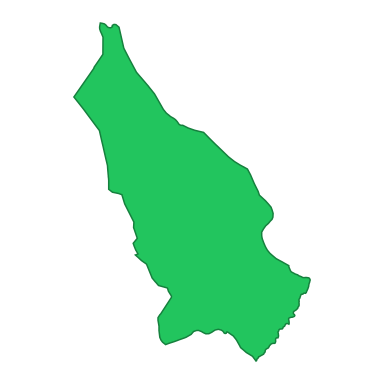 As Salafiyyah, Raymah, Yemen (Mercator projection)
{"feature_id": "15242507B36893334490361", "entity_name": "As Salafiyyah", "entity_type": "district", "adm_level": 2, "iso_a3": "YEM", "parent_name": "Yemen", "parent_adm1": "Raymah", "projection": "mercator", "projection_center": [43.857, 14.695], "detail": "fine", "context": "isolated", "style": "filled", "palette": "green", "viewbox_px": 384, "rotation_deg": 0, "n_neighbors": 0, "source": "geoboundaries", "source_scale": "gbopen_adm2", "svg_char_len": 4709}
<svg xmlns="http://www.w3.org/2000/svg" viewBox="0 0 384 384"><path d="M115.9,24.6L114.0,24.4L112.3,25.4L112.4,26.8L111.9,26.9L110.8,27.8L109.1,27.7L107.8,27.2L107.0,26.5L106.3,25.5L105.6,24.8L104.4,23.9L102.6,23.4L101.0,23.1L100.3,23.0L100.0,24.7L99.6,27.0L99.7,28.9L100.5,31.4L101.5,33.5L103.0,37.2L102.9,54.3L98.4,61.0L94.6,66.5L94.4,66.8L94.0,67.4L94.0,68.1L88.4,76.2L73.9,97.0L83.4,109.0L96.3,126.4L99.1,130.1L99.4,130.5L101.5,139.8L101.8,141.1L103.3,147.4L103.5,148.4L105.9,158.9L106.6,161.8L107.5,165.7L107.5,165.9L107.7,168.9L107.9,171.1L108.2,174.8L108.3,175.5L108.3,176.3L108.4,177.4L108.5,177.9L108.7,180.5L108.7,184.1L108.7,189.3L112.4,192.2L118.6,193.5L121.9,194.7L124.7,203.9L133.9,222.1L133.6,227.6L134.2,229.2L137.1,237.8L137.3,238.3L133.2,243.3L134.3,246.5L135.7,249.9L138.0,253.9L137.5,254.2L135.4,255.0L138.1,257.4L141.4,260.5L146.5,264.1L147.3,266.0L149.2,270.7L152.2,278.1L152.8,278.8L155.2,281.7L155.9,282.4L158.5,285.5L167.1,287.9L167.6,288.4L168.4,291.2L171.4,296.0L171.5,296.2L171.3,297.6L160.7,313.9L159.9,314.7L158.0,317.7L158.0,320.3L158.9,325.6L159.0,325.8L159.0,330.5L159.1,331.3L159.8,337.3L161.0,340.1L162.6,342.2L165.6,344.6L167.4,343.9L168.5,343.5L169.0,343.3L174.6,341.5L174.8,341.4L177.6,340.4L178.8,339.9L181.1,339.1L184.5,337.9L186.2,337.2L186.7,336.9L191.1,334.4L193.6,331.5L195.3,330.9L196.5,330.5L198.4,330.4L198.5,330.4L201.4,331.5L203.4,332.7L205.8,333.8L208.9,333.7L211.1,332.6L211.9,332.2L212.4,331.8L215.0,330.1L215.6,329.9L218.4,329.3L221.3,330.1L222.7,331.0L223.7,332.2L224.0,332.9L225.1,333.5L226.1,333.3L227.0,331.8L227.7,332.1L228.6,332.7L233.2,335.9L233.4,336.0L234.4,337.4L234.9,338.0L235.5,338.7L236.7,340.4L239.6,345.6L240.6,347.6L241.4,348.3L243.5,350.0L244.5,350.9L246.3,352.5L249.8,354.6L252.5,356.3L256.0,361.0L256.1,360.9L256.6,360.6L256.7,360.0L256.7,359.4L257.3,358.9L257.7,358.5L258.2,357.9L258.5,357.2L258.7,356.7L259.5,356.6L260.1,356.1L260.8,355.7L262.0,355.1L262.9,354.5L263.5,354.3L263.8,353.8L264.3,352.8L264.8,352.5L265.2,351.3L265.2,350.5L265.5,349.9L266.5,348.8L267.9,348.2L268.3,347.9L268.7,347.3L269.1,346.6L269.5,345.7L270.1,345.1L270.8,344.4L271.4,343.8L272.4,343.5L273.3,343.3L274.2,343.4L274.3,343.4L275.2,343.0L275.4,342.4L275.7,341.3L275.6,340.5L275.6,339.7L275.6,338.9L276.0,338.3L276.7,337.8L277.1,337.8L277.9,337.9L278.2,337.2L278.5,336.2L278.5,335.0L278.3,334.2L278.3,333.7L278.3,333.1L278.0,332.6L278.0,332.0L278.3,331.4L278.8,330.9L278.9,330.1L279.1,329.6L279.7,329.2L280.3,329.1L280.6,329.0L281.4,329.0L282.3,328.9L282.7,328.5L283.0,327.6L283.3,327.0L284.0,326.6L284.6,326.2L284.9,325.4L285.4,324.6L285.9,323.9L286.4,323.6L286.5,323.6L287.5,323.6L288.3,323.8L288.9,324.2L289.1,323.9L289.1,323.7L289.1,323.3L289.1,322.1L288.8,319.8L288.6,319.3L288.6,318.7L289.0,318.1L289.6,317.8L291.1,317.3L292.4,317.2L293.7,316.7L294.4,316.3L294.8,315.7L294.5,314.7L293.8,314.1L293.4,313.6L293.4,312.8L293.4,312.1L293.7,311.5L294.6,310.9L296.0,310.0L296.2,309.9L296.7,309.3L297.2,308.9L297.7,308.4L297.8,308.0L297.8,307.4L298.0,307.2L298.6,306.5L299.0,305.7L299.1,305.0L299.1,303.9L299.0,302.3L299.0,302.0L299.2,301.4L299.1,300.7L298.9,300.0L299.1,299.2L299.4,298.8L299.8,298.2L300.3,296.6L300.6,295.7L300.9,295.0L301.1,294.5L301.4,294.3L302.4,294.2L302.9,294.1L303.6,293.4L304.1,293.1L304.9,293.2L305.5,293.3L306.3,292.5L306.6,291.5L307.3,290.0L307.9,288.7L308.2,287.7L308.6,286.7L308.8,285.1L309.0,284.1L309.1,283.5L309.5,282.7L309.8,281.3L310.1,280.4L310.1,279.7L309.8,279.0L309.4,278.3L309.1,278.1L308.8,277.9L307.9,277.7L306.4,277.5L305.4,277.5L304.7,277.6L303.9,277.6L303.2,277.6L302.5,277.4L301.9,277.0L300.6,276.4L299.1,275.9L297.6,274.8L295.4,274.1L293.4,273.0L291.3,271.9L290.5,270.8L288.9,267.0L288.8,266.1L288.8,265.6L288.6,265.5L288.2,265.3L287.3,264.8L285.7,263.9L284.6,263.3L281.5,261.5L281.4,261.5L279.7,260.6L277.9,259.6L276.1,258.6L272.2,255.3L269.8,253.2L267.3,250.1L266.1,248.0L265.3,246.5L263.8,243.0L262.4,239.2L261.9,237.1L261.7,235.3L261.7,233.3L261.7,232.1L263.5,228.9L265.7,225.8L268.5,223.3L270.2,221.2L272.0,219.4L272.9,217.2L273.1,213.4L272.1,210.0L271.0,207.1L268.2,203.8L267.1,202.6L265.6,200.9L259.4,195.2L258.1,191.3L255.5,186.1L254.9,184.9L254.0,183.0L250.5,174.8L247.4,169.0L245.0,167.7L240.2,165.1L234.7,161.7L234.4,161.5L233.9,161.1L228.3,156.7L228.1,156.5L227.8,156.2L227.7,156.1L224.7,153.2L221.2,149.8L214.8,143.7L209.2,138.1L203.6,132.4L194.8,130.3L194.2,130.1L188.2,128.0L187.8,127.8L182.8,125.3L180.8,125.3L179.1,124.4L177.1,121.5L175.5,119.7L173.6,118.3L170.6,116.6L166.3,113.1L163.4,109.5L154.5,93.9L149.2,87.3L148.4,86.2L146.3,83.8L145.3,82.6L143.0,79.9L138.5,74.7L136.4,72.2L129.2,58.7L123.8,48.2L119.1,27.6L119.0,27.2L115.9,24.6Z" fill="#22c55e" stroke="#15803d" stroke-width="1.5"/></svg>